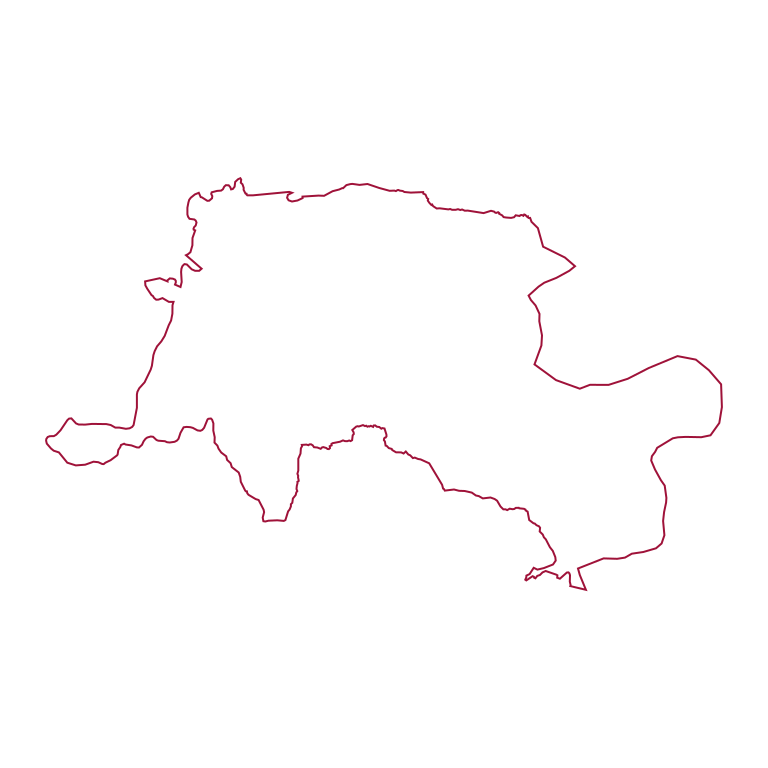 the district of Kpandai, Northern, Ghana
{"feature_id": "2480657B93484130612637", "entity_name": "Kpandai", "entity_type": "district", "adm_level": 2, "iso_a3": "GHA", "parent_name": "Ghana", "parent_adm1": "Northern", "projection": "albers", "projection_center": [-0.12, 8.387], "detail": "fine", "context": "isolated", "style": "outline", "palette": "rose", "viewbox_px": 768, "rotation_deg": 0, "n_neighbors": 0, "source": "geoboundaries", "source_scale": "gbopen_adm2", "svg_char_len": 6104}
<svg xmlns="http://www.w3.org/2000/svg" viewBox="0 0 768 768"><path d="M198.8,192.8L194.9,194.4L190.8,197.7L189.2,199.8L188.4,202.5L187.4,207.7L187.4,214.5L188.1,216.8L189.5,218.8L194.4,219.5L195.7,220.6L196.5,222.5L195.7,225.5L194.1,227.2L193.5,228.8L193.7,229.7L195.2,230.4L192.5,238.0L192.4,245.3L190.4,252.2L188.0,254.2L186.0,255.2L201.6,268.7L199.2,270.8L195.1,270.8L191.7,269.3L186.9,264.5L184.6,264.1L183.8,264.6L182.3,266.3L181.4,268.8L181.1,272.0L181.7,282.0L180.5,287.0L175.0,284.6L175.8,282.5L175.8,280.9L175.0,279.6L172.9,278.7L169.8,278.4L167.4,280.4L167.5,281.4L159.8,278.2L145.1,281.4L145.4,285.4L147.3,288.8L151.5,295.1L152.9,296.0L154.1,298.0L156.2,299.7L158.5,299.6L162.5,298.1L168.9,301.9L173.5,301.9L172.5,305.2L172.4,313.7L171.1,320.5L168.7,325.3L164.7,335.9L161.3,341.4L157.1,346.3L154.7,351.1L153.4,355.1L151.9,365.8L150.7,369.6L144.6,382.3L139.2,388.3L137.4,391.8L136.9,394.5L136.9,407.8L133.6,425.0L132.2,426.9L129.6,428.3L125.9,428.8L119.3,427.6L115.3,427.6L110.7,425.0L106.4,424.1L92.1,423.9L85.2,424.6L78.6,424.5L76.0,423.4L71.4,418.4L69.1,418.6L67.4,420.1L60.5,430.3L56.3,434.7L53.9,436.1L49.8,436.2L47.7,437.0L46.3,439.0L46.1,440.7L46.8,443.6L51.0,448.5L53.7,450.7L58.9,452.4L67.3,462.7L75.8,465.4L85.2,464.7L93.5,461.7L98.3,462.2L102.2,464.0L103.7,464.1L105.4,462.7L110.6,460.2L117.0,455.4L117.6,454.6L118.3,450.0L120.3,447.0L121.0,445.0L124.1,443.7L125.5,444.5L131.4,445.4L136.9,447.4L139.0,447.5L142.0,444.8L143.6,441.3L145.5,438.8L147.3,437.5L150.8,436.5L153.1,436.8L156.5,440.0L158.3,440.7L164.9,441.2L167.0,442.2L169.7,442.5L174.6,441.8L176.9,440.6L178.5,438.8L180.5,432.8L183.6,427.3L186.6,426.9L190.4,427.2L192.9,427.9L197.5,430.4L200.4,430.8L202.3,429.9L204.1,427.8L207.5,419.5L208.3,418.8L210.9,418.5L212.1,419.7L213.4,423.4L213.3,430.6L214.7,437.2L214.5,442.6L217.4,445.6L218.5,448.6L221.2,452.5L226.2,456.3L227.1,459.9L230.6,463.2L231.8,467.1L238.7,472.5L240.2,476.8L240.8,481.8L245.2,490.6L245.9,491.3L246.9,491.3L247.3,493.3L248.5,494.8L255.7,499.1L258.6,500.0L263.6,509.7L264.1,512.2L262.7,517.6L263.4,521.2L265.3,521.5L268.5,520.7L277.3,520.3L283.8,520.9L285.4,520.1L288.1,511.4L289.6,509.5L290.9,506.4L290.9,504.2L292.3,502.8L292.9,498.5L295.7,495.0L296.3,492.4L297.3,491.1L296.5,489.0L296.8,485.9L297.5,483.2L297.4,481.8L298.6,481.1L298.7,480.5L298.0,477.2L298.2,475.8L297.4,473.8L298.3,470.6L298.3,458.7L300.5,453.6L300.9,448.3L302.1,446.1L301.8,444.9L306.4,444.6L308.5,445.2L309.4,444.4L311.0,444.3L312.7,445.3L314.0,447.2L317.3,447.5L320.7,448.8L322.1,447.4L323.3,447.1L326.3,448.0L327.5,449.0L328.9,449.1L330.0,448.1L329.7,446.2L331.6,445.4L331.4,444.0L332.5,443.2L340.1,441.7L343.0,440.4L344.9,441.1L347.2,441.2L349.2,440.5L350.6,441.1L352.1,440.2L352.7,435.3L353.8,434.0L353.6,432.3L352.3,430.0L356.2,426.6L357.7,426.2L358.8,426.5L363.0,425.1L365.0,426.1L366.2,425.7L367.4,426.7L368.8,426.2L369.5,426.5L370.8,425.8L373.1,426.9L373.7,425.5L375.2,425.4L376.8,426.7L379.3,427.0L381.3,428.7L382.3,428.1L384.5,428.5L386.4,434.5L386.5,436.3L385.7,437.5L384.6,437.8L384.0,438.9L383.9,440.2L384.9,441.4L385.6,445.6L386.7,445.9L388.8,448.1L391.7,448.9L392.2,450.0L396.0,452.3L401.2,452.4L403.6,453.5L405.8,451.5L408.3,454.5L410.2,455.3L412.9,458.1L414.8,457.6L418.1,459.0L420.6,459.4L429.2,463.3L442.1,484.8L443.1,488.6L444.0,489.1L444.8,490.6L454.0,489.5L459.1,490.8L464.7,491.0L471.8,492.6L475.9,495.5L478.8,496.1L482.8,498.4L490.5,497.5L494.6,499.0L497.1,500.7L500.5,506.5L503.3,509.3L505.5,509.3L507.2,510.1L509.7,508.7L512.5,509.2L514.2,509.0L515.8,507.9L518.8,507.8L519.2,508.3L524.0,508.8L525.5,509.6L525.6,510.4L527.6,511.6L529.2,520.0L533.5,523.3L534.7,523.5L536.5,525.2L539.0,526.3L540.1,527.8L539.7,531.5L542.8,534.6L543.9,537.3L545.8,539.3L549.9,547.2L552.8,550.9L555.3,557.1L555.7,560.6L553.0,564.5L543.8,568.1L537.4,569.6L533.7,567.8L529.6,574.1L526.4,575.6L526.3,577.3L525.3,579.7L526.3,580.4L532.6,576.2L533.9,576.8L534.1,577.7L535.4,578.3L537.3,575.9L539.9,575.0L542.5,572.4L545.7,571.0L556.4,574.7L557.4,575.3L557.2,577.7L559.9,578.7L566.9,572.5L568.5,572.4L569.4,573.4L570.0,575.2L569.8,581.7L570.6,585.0L570.3,586.1L585.9,589.8L579.8,575.0L578.0,568.5L603.6,558.4L617.2,558.8L625.0,557.6L631.8,553.7L643.3,552.0L656.0,548.3L661.6,543.5L664.4,535.2L663.1,521.0L664.1,512.0L666.1,502.5L666.4,497.9L664.7,485.6L660.9,480.2L655.0,469.5L651.2,460.5L651.9,456.2L655.1,451.9L657.2,447.8L672.8,438.3L677.9,437.3L685.6,436.9L701.3,437.2L710.5,435.3L719.3,423.0L721.9,407.1L721.1,384.3L708.9,370.2L695.8,359.6L677.5,356.1L648.8,368.0L627.7,378.8L608.5,384.9L590.0,384.8L579.8,388.7L556.0,380.1L534.5,364.4L541.4,345.5L542.0,335.4L539.3,321.3L539.5,313.9L535.6,305.5L530.9,300.0L528.6,295.6L538.6,286.6L544.3,282.7L556.3,277.9L569.3,270.8L575.0,266.2L564.9,257.5L543.1,246.7L537.9,228.1L531.5,221.8L530.1,217.9L528.8,218.0L527.8,217.3L527.9,216.4L526.8,216.5L525.3,214.9L524.2,214.5L523.4,215.8L521.9,215.0L520.4,215.2L519.6,216.0L515.7,215.3L514.1,217.2L511.1,217.9L506.0,217.5L503.6,217.1L502.2,215.4L499.1,213.7L499.2,213.0L498.1,212.2L496.3,212.9L495.3,212.7L494.1,211.6L491.0,210.8L483.6,213.1L467.8,210.6L464.8,210.7L462.1,209.5L460.3,210.0L458.0,209.2L455.7,209.8L452.1,209.8L450.1,209.0L448.4,209.4L439.6,208.3L436.7,208.5L433.2,206.2L432.1,204.5L431.4,205.0L429.4,202.9L427.8,200.6L428.2,199.0L427.0,198.1L425.5,194.6L423.3,193.6L423.2,192.1L410.8,192.6L404.4,192.0L402.7,191.0L399.7,190.6L398.5,190.0L397.5,190.1L395.9,191.1L394.3,190.6L389.6,190.8L379.3,188.0L367.5,184.0L359.5,184.9L352.4,183.9L350.3,184.1L346.4,185.1L343.1,188.2L342.3,188.1L339.2,189.5L332.6,191.2L324.1,195.8L318.5,195.6L302.5,196.6L302.6,198.1L297.5,200.5L292.0,201.5L288.6,200.3L287.1,197.8L287.9,194.8L292.0,192.8L289.2,191.9L253.3,195.3L247.3,195.3L246.4,194.4L246.5,193.7L245.4,193.4L243.6,189.8L243.7,187.8L242.5,184.3L240.8,182.7L241.2,179.6L240.3,178.2L238.1,179.2L235.2,181.9L234.6,186.7L232.8,189.0L231.1,189.4L230.3,187.2L228.7,185.3L225.8,185.2L224.2,186.7L222.9,189.3L221.1,190.6L217.1,190.9L211.7,192.3L211.2,193.9L212.3,196.1L212.0,198.3L209.2,200.7L207.3,200.8L201.8,197.3L200.7,197.1L198.8,192.8Z" fill="none" stroke="#9f1239" stroke-width="2"/></svg>